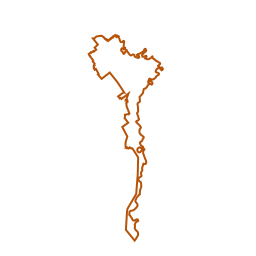 Las Cruces, Petén, Guatemala, rotated 231°
{"feature_id": "79465075B61221719902426", "entity_name": "Las Cruces", "entity_type": "district", "adm_level": 2, "iso_a3": "GTM", "parent_name": "Guatemala", "parent_adm1": "Petén", "projection": "natural_earth1", "projection_center": [-90.704, 16.86], "detail": "fine", "context": "isolated", "style": "outline", "palette": "amber", "viewbox_px": 256, "rotation_deg": 231, "n_neighbors": 0, "source": "geoboundaries", "source_scale": "gbopen_adm2", "svg_char_len": 5895}
<svg xmlns="http://www.w3.org/2000/svg" viewBox="0 0 256 256"><g transform="rotate(231 128 128)"><path d="M50.2,62.3L36.3,62.3L37.1,65.0L37.6,66.1L38.0,67.7L39.0,69.0L40.5,69.9L41.5,70.1L44.0,69.8L45.5,70.0L46.2,70.5L47.5,71.8L48.8,72.5L49.8,74.7L49.8,75.3L49.4,77.0L49.4,77.4L49.6,77.7L50.5,77.9L51.1,77.8L51.5,77.3L52.2,74.6L52.7,74.0L53.3,73.7L54.0,73.8L55.4,74.3L56.5,74.2L58.7,74.5L59.7,74.3L60.2,74.7L60.8,75.5L61.6,76.0L61.9,76.6L62.0,77.1L61.8,78.3L61.0,79.6L60.6,80.9L60.9,84.5L61.3,86.1L61.9,86.8L63.2,87.4L66.3,87.5L67.3,88.6L68.4,90.9L69.0,93.9L69.0,95.5L69.7,95.8L70.4,96.7L71.9,98.0L74.2,101.6L76.9,103.4L77.9,103.8L79.5,103.3L80.8,103.4L81.4,103.5L82.3,104.2L82.4,105.4L82.1,107.2L82.1,107.8L82.3,108.3L82.7,108.7L84.0,109.1L84.9,109.9L85.4,110.6L86.0,112.4L86.5,112.8L87.9,113.7L88.3,114.1L89.1,115.3L89.4,116.1L90.4,117.1L90.5,117.7L89.2,118.6L89.0,119.0L89.1,119.6L90.1,120.8L91.2,121.4L93.8,122.1L98.6,123.8L99.8,124.6L100.4,125.2L100.7,125.8L100.9,127.2L101.3,127.4L101.8,127.3L102.3,126.5L102.4,125.8L102.3,125.0L101.6,122.9L101.6,122.1L101.9,121.4L102.4,121.0L103.6,120.8L104.7,121.1L105.4,121.7L105.8,122.4L106.0,123.2L106.0,123.9L105.5,124.9L104.0,125.7L103.5,126.1L103.2,126.9L103.3,127.4L103.7,127.8L104.1,127.8L106.2,127.1L108.6,127.7L109.1,128.0L109.3,128.4L109.3,128.9L109.1,130.5L109.1,130.9L109.4,131.4L110.1,132.3L110.4,133.8L110.7,134.2L111.1,134.5L111.6,134.5L114.1,133.9L115.9,133.7L117.4,134.1L119.5,136.0L119.7,136.4L120.1,138.1L120.4,138.4L120.8,138.5L122.5,138.7L127.1,138.1L127.6,138.2L127.9,138.5L128.0,139.0L127.9,139.7L127.5,140.7L127.7,141.6L127.8,141.9L131.1,143.4L132.6,143.8L133.8,144.4L134.1,144.8L134.2,145.9L135.1,146.8L138.9,149.5L140.2,150.1L140.9,150.8L141.3,151.7L141.0,153.0L141.1,153.9L141.4,154.2L144.8,156.5L145.6,161.2L146.2,162.2L147.4,163.5L148.3,164.8L148.3,165.5L147.7,166.5L147.7,166.9L147.9,168.1L148.6,169.9L148.8,171.2L148.8,172.5L148.7,172.9L148.4,173.2L147.4,173.3L147.0,173.5L146.8,174.2L147.0,174.7L147.4,175.2L148.1,175.5L149.4,175.5L150.1,175.3L150.5,174.9L150.7,174.3L150.8,173.4L150.5,172.6L150.5,172.4L151.2,172.7L151.6,173.2L152.8,175.4L152.7,175.9L151.2,176.7L150.4,177.4L149.8,178.4L149.8,180.1L149.7,181.0L150.3,182.3L150.4,182.8L150.1,185.5L150.5,186.1L151.2,186.3L151.8,186.1L153.6,185.0L153.9,184.9L154.4,185.0L154.9,185.5L155.2,186.0L155.7,187.4L155.7,188.4L155.6,188.9L155.0,189.7L154.1,190.3L153.1,190.5L152.1,190.3L151.7,190.4L151.5,191.0L151.6,191.6L151.7,192.0L152.2,192.3L152.9,192.6L153.6,192.5L154.1,192.1L154.6,191.0L155.0,190.6L155.4,190.5L156.2,190.7L157.2,190.4L157.5,190.5L157.4,191.8L157.5,193.0L157.7,193.5L158.2,193.7L158.7,193.7L159.6,193.2L161.0,192.9L162.1,192.3L164.5,191.7L164.8,191.9L165.6,191.4L166.6,191.2L167.4,191.4L168.0,192.0L168.3,192.0L168.4,191.4L168.1,190.4L168.2,188.7L168.4,187.5L169.5,186.1L169.8,186.0L170.7,185.9L171.0,185.1L171.3,185.1L171.1,186.2L171.4,186.8L172.1,187.5L172.6,187.6L173.0,187.1L173.2,185.9L174.1,184.2L175.3,184.5L175.9,184.8L176.4,187.9L176.5,189.1L176.3,190.2L176.5,190.5L176.6,190.8L178.2,191.4L178.5,191.4L178.8,191.0L178.9,190.4L178.0,188.9L177.9,187.5L178.2,185.2L178.7,182.9L179.3,181.7L179.2,181.1L178.8,180.8L178.2,180.9L177.7,181.7L177.3,181.8L176.1,181.4L175.8,180.6L175.9,180.2L176.3,179.8L178.9,178.2L179.5,178.2L180.3,178.8L180.8,178.9L181.9,178.3L182.2,177.7L182.4,176.2L182.8,175.7L184.1,175.4L185.8,175.5L186.3,175.7L187.7,175.4L188.3,175.5L189.2,176.0L189.4,176.0L189.6,175.5L189.5,175.2L188.1,171.9L188.3,171.3L188.8,171.2L190.7,171.7L192.1,171.4L192.6,171.5L193.1,171.9L193.7,172.7L193.7,173.5L193.5,173.8L193.0,174.1L192.2,174.0L191.8,174.2L191.4,175.2L191.6,176.0L192.2,176.3L193.3,175.5L193.8,175.6L197.8,179.6L198.3,179.5L198.5,179.2L198.6,178.9L198.6,178.6L198.3,178.3L198.4,177.7L199.0,176.8L199.5,176.5L200.6,176.6L202.2,177.3L203.7,177.6L205.2,178.4L205.9,178.1L205.7,178.0L205.8,177.7L205.5,177.8L205.6,177.6L205.5,177.2L205.8,176.2L206.1,176.1L207.1,176.7L207.4,176.7L207.5,176.5L207.6,176.8L208.0,176.6L208.1,175.0L208.3,175.2L208.3,174.6L208.5,174.4L208.3,174.2L208.4,173.3L208.2,173.5L208.0,173.4L208.2,173.2L207.9,172.9L208.1,172.5L208.2,172.8L208.3,172.7L208.4,172.3L208.3,172.2L208.2,171.8L208.3,171.8L208.3,171.6L208.2,171.6L208.1,171.4L208.3,171.2L208.2,170.9L208.3,170.8L208.2,170.7L208.3,170.3L208.0,170.1L208.0,169.8L208.2,169.6L208.2,169.0L208.3,169.0L208.2,168.0L208.4,168.1L208.5,168.0L208.4,167.8L208.6,167.7L208.9,167.8L208.9,167.6L209.0,167.7L209.4,167.6L209.6,167.5L209.7,167.3L209.6,167.1L210.1,167.0L210.2,166.8L210.3,166.9L210.5,166.7L210.8,167.0L211.2,166.6L211.5,166.7L211.8,166.3L212.0,166.3L212.1,166.1L213.6,166.4L213.9,166.3L214.0,166.1L214.6,165.9L214.9,166.0L216.3,165.6L218.7,161.7L219.0,160.6L218.8,158.5L219.7,157.1L211.8,157.1L211.4,152.6L208.9,152.6L208.9,149.4L209.6,149.4L209.7,146.6L210.2,146.6L210.2,144.0L207.9,143.9L208.0,143.6L202.6,143.5L202.3,143.4L202.2,142.7L201.8,142.6L201.8,142.8L201.2,142.6L198.9,142.5L198.5,141.5L197.7,141.4L197.9,140.4L196.5,139.7L196.5,139.3L195.5,139.0L195.4,139.4L194.6,139.5L194.6,138.9L194.2,138.8L194.1,140.2L188.4,139.2L188.5,138.3L182.8,138.4L182.6,148.7L169.9,148.6L158.0,147.4L158.4,147.1L158.8,140.2L156.0,140.2L156.0,141.2L154.7,141.2L154.8,142.8L154.6,142.8L154.5,150.0L153.3,148.0L153.2,147.6L152.8,147.2L151.2,144.5L151.4,143.9L150.8,143.3L150.2,144.0L149.9,144.9L149.4,144.7L148.4,143.9L148.5,142.3L145.5,140.5L138.3,138.2L138.2,137.3L138.5,137.3L140.2,134.0L139.3,133.5L137.9,131.6L132.0,131.5L132.4,124.2L121.8,122.1L118.9,117.8L117.5,116.3L115.8,114.9L114.5,114.2L114.2,114.5L114.0,114.4L113.9,114.0L113.4,114.6L113.2,114.6L113.2,114.8L112.8,114.6L112.7,114.9L112.5,115.0L112.2,115.6L111.8,115.6L111.8,115.9L112.0,115.9L112.1,116.2L111.8,116.8L111.2,117.2L111.3,117.3L110.1,117.6L110.0,118.0L109.3,118.3L109.2,118.6L98.8,117.4L86.2,106.7L71.6,92.9L65.5,76.7L63.4,74.4L50.2,62.3Z" fill="none" stroke="#b45309" stroke-width="2"/></g></svg>